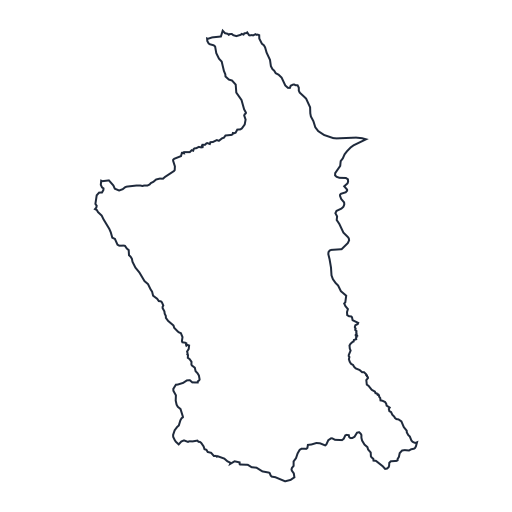 outline of Peñol, Antioquia, Colombia
{"feature_id": "7082276B19280887364863", "entity_name": "Peñol", "entity_type": "district", "adm_level": 2, "iso_a3": "COL", "parent_name": "Colombia", "parent_adm1": "Antioquia", "projection": "orthographic", "projection_center": [-75.222, 6.241], "detail": "fine", "context": "isolated", "style": "outline", "palette": "slate", "viewbox_px": 512, "rotation_deg": 0, "n_neighbors": 0, "source": "geoboundaries", "source_scale": "gbopen_adm2", "svg_char_len": 6053}
<svg xmlns="http://www.w3.org/2000/svg" viewBox="0 0 512 512"><path d="M95.0,209.1L96.8,210.0L98.0,212.1L101.7,215.6L103.5,219.3L109.3,228.9L110.8,232.4L112.3,237.7L114.9,238.9L117.5,244.7L119.3,245.7L123.9,245.6L125.0,245.9L126.8,248.5L128.7,250.1L129.0,255.2L130.6,256.7L131.9,258.8L132.5,261.8L135.4,267.6L139.4,272.5L144.5,281.1L148.0,284.1L150.6,289.4L152.1,291.7L153.1,295.7L157.2,298.8L158.8,301.1L160.8,301.3L161.9,302.3L163.3,305.5L162.6,306.8L162.6,308.1L164.4,311.4L164.7,313.7L165.8,315.9L165.9,317.9L168.1,320.9L173.5,325.5L174.2,327.8L177.4,331.1L178.6,332.2L180.9,333.2L182.5,337.1L181.9,341.1L182.4,342.3L185.2,342.7L186.3,343.3L186.0,344.7L186.4,345.7L187.5,344.9L189.1,345.5L188.7,349.0L187.1,351.5L187.6,353.4L187.3,354.4L188.0,355.0L187.8,357.8L189.5,359.0L191.5,361.8L191.4,364.4L191.8,365.4L194.8,367.7L195.6,371.2L197.5,373.2L198.9,375.5L199.6,379.4L199.2,380.3L197.9,381.3L197.7,382.5L192.3,382.4L189.8,380.2L186.9,380.4L183.1,382.9L177.6,384.6L175.9,384.7L173.3,388.9L173.4,390.8L175.9,395.3L175.7,400.6L176.6,404.7L177.8,406.8L180.5,409.0L182.9,416.7L182.9,417.3L181.6,418.2L180.4,420.3L178.8,425.5L177.2,426.9L174.7,430.2L173.1,434.9L173.2,436.9L174.8,440.2L175.8,441.7L178.7,444.4L181.3,441.5L184.0,440.4L188.0,441.9L189.2,441.3L192.6,441.4L197.4,440.6L198.5,441.8L199.9,441.9L201.2,442.9L203.6,446.4L204.5,449.2L206.4,449.8L207.7,452.0L211.1,452.8L213.9,456.0L215.9,455.9L216.9,456.7L217.6,456.2L224.3,458.6L227.4,461.3L230.1,462.6L230.5,463.1L230.2,463.9L234.6,461.3L239.6,462.4L239.6,464.0L240.0,464.5L247.8,464.8L251.6,467.2L256.5,467.7L262.4,471.4L268.9,472.6L269.7,473.1L270.7,475.6L271.7,476.6L275.3,477.2L285.1,481.3L290.6,479.9L294.4,477.3L293.8,473.4L291.8,470.6L291.5,469.3L292.0,467.8L293.6,465.9L293.6,461.4L296.0,458.2L297.6,453.4L299.7,449.8L301.6,448.7L306.4,448.8L307.4,447.9L307.9,444.9L311.4,444.5L316.4,443.0L320.0,443.3L325.2,445.4L326.3,444.5L328.3,440.2L331.1,438.3L332.3,438.4L335.0,439.8L342.0,440.1L343.7,438.8L345.3,435.4L346.5,434.9L348.8,435.2L349.1,436.9L349.8,437.7L350.8,438.1L352.3,438.0L354.5,436.8L357.0,432.7L359.1,432.2L360.7,433.7L361.4,435.0L361.4,437.8L362.1,440.6L364.5,444.6L367.4,447.1L368.1,449.5L370.7,452.5L370.9,456.3L371.5,457.3L373.3,458.8L373.5,460.6L375.8,460.8L376.5,461.3L382.8,466.3L385.1,468.9L387.0,468.6L388.6,467.2L389.1,465.8L389.3,462.8L390.8,461.3L396.5,460.9L397.6,460.3L397.6,459.0L398.9,456.9L399.7,453.1L402.1,450.5L404.7,450.1L409.0,450.5L411.1,449.3L414.0,448.7L415.0,448.0L415.9,446.4L417.0,442.3L415.6,442.9L414.5,442.7L412.6,441.8L411.4,440.5L409.8,436.5L408.3,435.1L406.8,432.4L406.7,430.7L403.8,427.1L401.4,421.4L398.5,419.4L396.4,419.1L394.9,417.9L394.3,416.7L392.3,414.7L391.1,412.1L389.4,411.2L388.8,409.0L389.7,407.6L386.6,405.6L386.2,403.7L385.1,402.0L382.3,400.7L380.5,400.4L380.2,398.0L379.2,396.8L379.0,395.4L378.4,394.5L377.6,394.8L376.8,393.4L375.5,393.2L374.9,391.6L371.7,389.8L368.6,385.9L366.8,384.6L366.3,380.1L368.0,378.0L367.9,377.2L367.0,376.4L367.0,375.4L366.2,375.2L366.0,374.1L364.0,372.2L362.1,372.2L359.6,370.0L355.7,368.4L354.1,366.8L353.1,365.0L351.0,363.8L349.7,361.7L348.9,359.2L349.4,357.0L348.7,356.0L348.8,354.9L350.6,350.6L349.8,348.6L349.5,345.5L350.5,343.8L352.6,341.9L353.6,341.5L353.9,340.0L356.2,339.2L356.0,337.9L356.6,337.0L356.1,336.2L357.2,335.7L356.9,335.1L355.8,334.7L356.6,333.2L356.2,332.2L356.5,331.1L355.2,329.9L355.6,328.4L354.9,327.6L354.9,326.6L355.4,325.2L357.7,324.1L358.2,322.9L352.6,320.2L352.0,317.3L351.3,316.5L348.9,316.2L347.2,315.1L347.0,312.1L347.9,309.1L345.4,306.1L344.2,303.5L345.3,302.3L346.2,295.7L340.9,291.2L338.1,285.5L335.6,283.0L332.9,279.2L331.5,275.4L331.0,267.6L329.6,259.4L328.3,254.1L328.5,252.1L329.7,250.5L331.3,249.9L341.6,249.2L347.8,243.1L349.1,240.3L348.8,238.4L348.0,237.2L343.4,232.6L339.3,223.9L336.7,220.0L337.1,216.4L335.4,213.2L336.5,210.9L341.4,208.6L343.3,206.9L343.9,205.6L344.3,204.2L344.1,202.4L341.2,199.0L340.0,195.8L340.1,194.7L340.9,193.8L345.7,192.3L347.1,190.7L347.1,189.6L344.2,186.3L347.5,183.4L348.1,181.6L347.9,179.3L345.9,178.0L339.4,177.8L336.6,176.8L335.1,175.4L335.2,173.1L340.2,165.9L340.7,161.1L342.8,158.4L344.6,154.3L347.1,151.1L350.7,147.4L353.6,145.3L366.0,139.3L362.0,138.2L356.0,137.6L336.6,138.4L333.2,138.1L324.1,135.0L318.2,131.1L315.3,127.3L313.4,121.2L310.9,116.5L310.3,113.4L310.1,107.3L306.1,98.6L299.7,92.6L298.8,90.6L298.8,87.7L297.6,85.3L295.4,85.2L294.3,84.5L293.3,84.5L290.7,85.7L289.9,87.9L288.0,87.9L285.3,85.5L281.6,77.6L278.6,74.7L275.7,73.2L274.2,70.7L272.5,69.2L270.9,66.2L270.0,59.9L266.6,52.6L265.1,47.4L263.9,45.3L261.9,43.7L259.3,38.6L259.2,35.2L257.6,34.6L256.4,34.8L255.5,34.2L253.1,35.4L251.9,35.1L249.7,35.4L249.1,35.2L247.2,32.4L246.5,33.1L244.4,33.3L243.5,34.6L241.7,33.9L240.7,34.8L236.4,36.1L233.3,35.2L231.8,34.0L229.6,34.1L228.8,34.8L227.7,33.8L225.0,33.2L222.7,30.7L220.9,36.5L212.2,37.4L207.9,38.8L207.1,38.5L207.3,41.0L208.6,43.4L209.7,44.2L213.7,45.3L215.1,46.5L216.3,53.2L219.0,58.7L221.7,61.6L223.9,70.9L225.3,74.3L225.5,76.5L228.9,79.6L232.0,80.5L235.7,84.6L236.3,92.6L241.5,100.0L244.1,109.3L245.9,112.6L245.8,113.3L244.6,114.4L244.2,115.5L245.6,119.6L244.7,124.5L241.8,128.5L240.3,129.4L237.3,129.6L235.6,132.7L234.3,133.2L232.9,133.0L232.6,134.3L231.5,134.9L225.5,135.5L223.9,137.7L222.1,138.3L218.9,140.8L216.8,140.1L212.9,142.0L210.4,142.2L209.8,144.0L207.4,143.1L206.5,143.3L205.0,144.8L202.4,144.8L201.9,145.8L202.7,146.6L202.6,147.2L201.2,147.4L198.8,146.9L196.3,148.2L194.5,148.4L193.7,149.0L193.2,150.7L191.7,150.2L189.8,152.1L184.1,152.1L183.6,152.3L183.9,153.3L181.9,152.9L181.0,156.1L174.2,158.8L173.2,159.7L173.1,160.7L174.9,166.4L174.7,170.1L174.0,171.0L164.9,177.0L163.0,178.7L159.8,178.6L156.1,179.5L153.4,181.8L150.8,183.1L149.6,184.5L147.5,185.5L144.2,185.5L142.5,186.0L140.2,185.5L136.7,185.5L126.9,186.6L125.3,187.1L122.7,189.2L119.1,190.5L114.8,188.7L113.4,185.5L108.9,180.4L102.3,181.2L101.2,180.7L100.8,184.8L102.0,187.4L103.5,188.4L103.4,190.0L102.0,192.5L99.1,192.6L96.7,195.3L95.4,203.9L96.7,205.8L96.3,207.6L95.0,209.1Z" fill="none" stroke="#1e293b" stroke-width="2"/></svg>